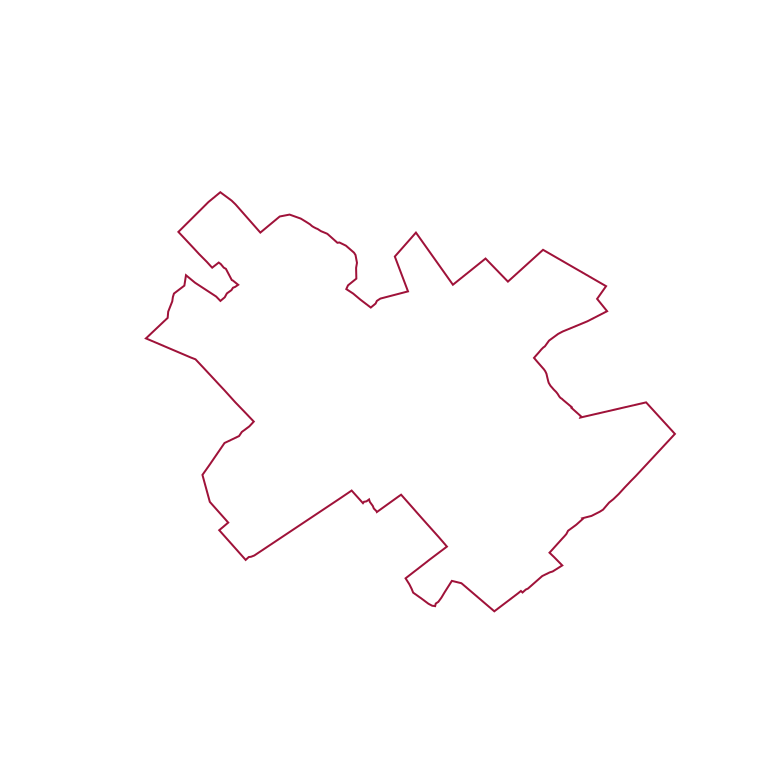 Suma, Yucatán, Mexico, rotated 313°
{"feature_id": "50627088B85227012924618", "entity_name": "Suma", "entity_type": "district", "adm_level": 2, "iso_a3": "MEX", "parent_name": "Mexico", "parent_adm1": "Yucatán", "projection": "equal_earth", "projection_center": [-89.152, 21.109], "detail": "fine", "context": "isolated", "style": "outline", "palette": "rose", "viewbox_px": 768, "rotation_deg": 313, "n_neighbors": 0, "source": "geoboundaries", "source_scale": "gbopen_adm2", "svg_char_len": 2710}
<svg xmlns="http://www.w3.org/2000/svg" viewBox="0 0 768 768"><g transform="rotate(313 384 384)"><path d="M516.5,304.1L484.6,305.0L468.1,338.4L444.0,323.1L439.9,322.1L437.1,323.0L430.9,322.2L429.6,309.2L429.1,299.7L427.7,291.7L431.6,290.4L442.2,291.9L449.9,284.4L454.2,281.6L458.9,275.2L459.6,272.5L459.2,261.8L457.1,254.9L455.5,253.6L455.2,240.2L454.8,239.0L452.8,233.7L452.4,231.5L452.1,229.7L451.5,228.2L450.8,225.7L450.4,223.8L450.3,220.9L449.5,216.6L448.2,210.3L443.5,199.4L435.4,193.5L410.4,190.3L414.1,152.8L414.2,147.5L412.6,133.5L397.4,131.5L355.0,129.9L353.5,152.5L352.9,160.4L352.9,160.7L352.5,171.1L352.0,177.1L351.9,179.0L360.1,180.3L360.4,182.8L359.8,187.5L360.4,189.8L356.2,201.8L356.6,202.9L357.1,209.7L353.5,208.9L351.4,207.9L348.6,208.4L343.1,207.3L338.8,208.4L333.2,207.7L333.5,201.6L329.2,176.7L328.5,165.0L319.8,170.9L306.9,168.7L303.6,170.3L300.0,172.8L289.8,176.8L284.8,180.7L280.6,180.4L255.0,178.8L268.6,216.3L271.6,224.6L273.5,229.3L272.9,238.5L272.8,240.2L272.2,248.4L271.7,255.7L271.1,263.8L270.6,271.4L269.2,287.7L268.4,302.8L267.7,314.4L261.1,314.4L252.0,312.7L247.1,313.5L232.1,307.6L204.9,311.7L193.7,313.2L179.0,337.0L176.8,360.5L176.4,364.6L164.7,363.2L161.0,402.8L165.2,403.1L167.0,404.6L170.1,406.1L269.2,429.6L284.0,433.0L283.4,439.7L282.5,449.9L284.2,449.7L286.2,451.2L289.4,451.8L288.1,454.1L287.2,458.9L286.0,461.5L285.9,464.2L285.8,465.5L285.5,466.1L311.5,471.3L314.7,472.0L314.6,473.2L312.9,490.8L312.4,495.6L310.9,511.6L309.4,528.3L308.0,540.9L286.4,537.1L280.0,536.1L265.9,533.8L256.6,532.3L254.8,539.2L253.0,544.0L251.3,547.6L252.4,555.9L252.5,556.4L253.6,566.4L254.7,570.5L255.4,571.4L256.4,572.9L258.7,571.6L261.7,572.3L266.9,571.7L272.9,570.4L286.3,567.9L291.1,576.5L293.0,619.7L322.4,624.8L326.0,625.3L326.0,627.5L330.4,627.9L332.5,628.8L351.5,630.7L359.3,633.7L361.9,635.2L372.9,638.1L373.4,626.6L373.5,620.1L374.4,620.1L374.6,620.1L392.2,619.8L395.6,619.8L398.6,619.7L402.2,618.7L412.2,620.6L420.9,621.4L421.0,620.6L424.5,622.8L429.0,625.7L437.7,628.9L441.5,629.9L450.8,629.5L456.2,630.3L463.6,630.7L472.5,630.6L481.6,630.7L488.5,630.9L545.9,630.8L549.3,588.2L493.4,550.5L493.7,550.4L493.8,550.4L494.0,550.4L494.7,550.4L494.4,537.3L495.1,537.2L494.5,526.2L494.5,524.0L494.2,522.7L494.3,521.2L494.6,519.9L495.2,517.8L495.6,515.2L495.7,512.0L496.0,509.3L496.2,507.1L496.5,506.0L497.2,503.6L498.3,501.8L500.2,498.9L502.3,495.8L503.3,493.3L503.8,491.0L504.3,486.0L504.8,481.0L505.4,475.9L508.0,475.8L512.6,475.7L514.6,475.6L516.4,475.5L519.4,475.6L521.2,476.0L528.3,475.1L539.4,477.2L544.3,478.9L568.6,490.0L589.4,497.5L591.6,481.8L607.0,479.7L590.6,408.8L543.4,404.8L545.0,372.7L503.6,366.7L516.5,304.1Z" fill="none" stroke="#9f1239" stroke-width="2"/></g></svg>